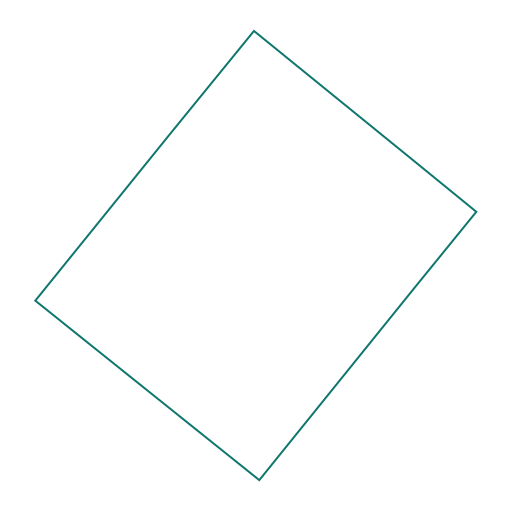 Garfield, Oklahoma, United States of America (Albers equal-area conic projection), rotated 129°
{"feature_id": "52423323B99576880853175", "entity_name": "Garfield", "entity_type": "district", "adm_level": 2, "iso_a3": "USA", "parent_name": "United States of America", "parent_adm1": "Oklahoma", "projection": "albers", "projection_center": [-97.826, 36.379], "detail": "fine", "context": "isolated", "style": "outline", "palette": "teal", "viewbox_px": 512, "rotation_deg": 129, "n_neighbors": 0, "source": "geoboundaries", "source_scale": "gbopen_adm2", "svg_char_len": 282}
<svg xmlns="http://www.w3.org/2000/svg" viewBox="0 0 512 512"><g transform="rotate(129 256 256)"><path d="M83.0,112.6L82.7,199.8L82.4,399.2L217.5,399.6L313.6,399.5L429.6,399.4L428.1,112.4L427.6,112.4L178.7,112.8L83.0,112.6Z" fill="none" stroke="#0f766e" stroke-width="2"/></g></svg>